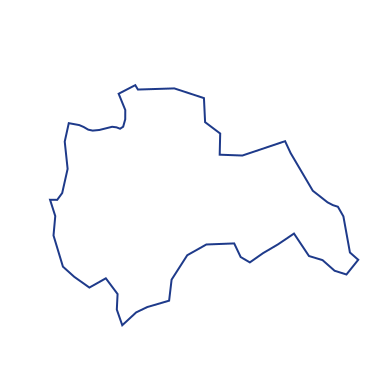 map outline of Kandavas (orthographic projection), rotated 76°
{"feature_id": "LVA-5765", "entity_name": "Kandavas", "entity_type": "Municipality", "adm_level": 1, "iso_a3": "LVA", "parent_name": "Latvia", "parent_adm1": "", "projection": "orthographic", "projection_center": [22.707, 56.973], "detail": "fine", "context": "isolated", "style": "outline", "palette": "blue", "viewbox_px": 384, "rotation_deg": 76, "n_neighbors": 0, "source": "natural_earth", "source_scale": "10m", "svg_char_len": 876}
<svg xmlns="http://www.w3.org/2000/svg" viewBox="0 0 384 384"><g transform="rotate(76 192 192)"><path d="M78.9,239.4L74.6,221.2L79.5,219.7L87.2,184.1L103.8,157.7L127.4,162.4L142.1,150.5L162.5,156.1L168.8,134.3L165.2,89.4L178.1,86.9L220.0,74.5L234.8,63.0L238.8,58.5L241.6,54.0L252.3,51.0L288.9,53.4L298.0,47.1L309.4,62.1L302.9,72.7L289.7,81.8L282.4,94.0L257.0,103.1L263.6,121.2L268.5,137.8L274.3,152.9L266.9,160.5L252.1,163.5L246.4,190.8L252.2,211.9L272.1,233.0L291.9,240.5L292.8,263.2L295.3,275.3L304.4,291.9L287.9,293.4L273.0,288.9L254.9,296.5L259.9,314.7L245.8,326.8L233.2,335.3L200.7,336.9L182.3,330.5L165.2,331.6L167.0,324.7L161.6,318.2L139.5,307.1L112.3,303.3L95.4,294.9L99.8,285.2L102.7,281.4L106.4,277.6L108.4,273.5L109.4,266.9L109.4,253.7L111.0,249.6L113.2,246.5L112.0,243.0L105.3,239.2L96.3,236.9L78.9,239.4Z" fill="none" stroke="#1e3a8a" stroke-width="2"/></g></svg>